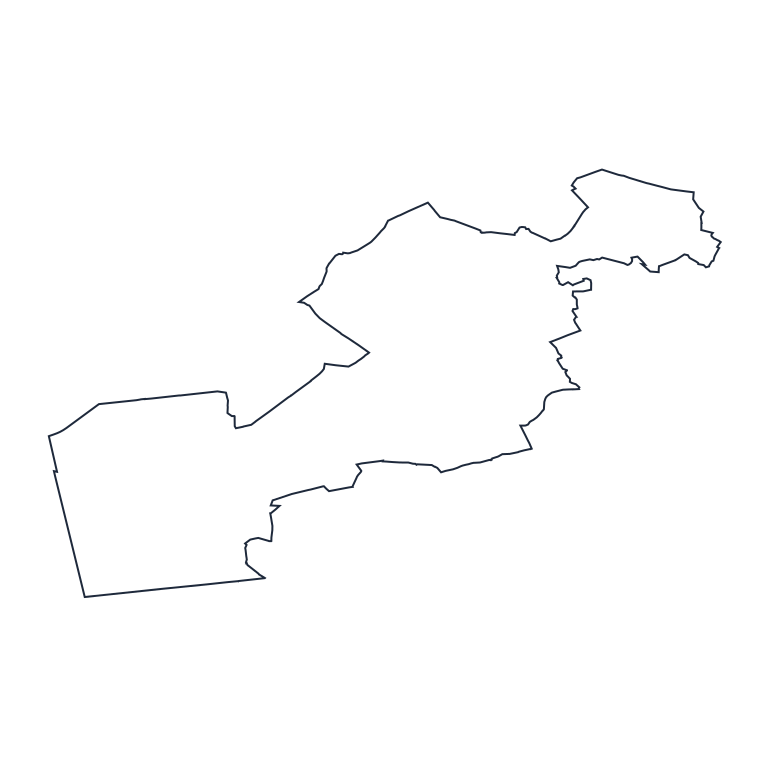 Džūkstes pag., Tukums, Latvia (Natural Earth projection), rotated 181°
{"feature_id": "27541924B93568350942485", "entity_name": "Džūkstes pag.", "entity_type": "district", "adm_level": 2, "iso_a3": "LVA", "parent_name": "Latvia", "parent_adm1": "Tukums", "projection": "natural_earth1", "projection_center": [23.27, 56.788], "detail": "fine", "context": "isolated", "style": "outline", "palette": "slate", "viewbox_px": 768, "rotation_deg": 181, "n_neighbors": 0, "source": "geoboundaries", "source_scale": "gbopen_adm2", "svg_char_len": 5966}
<svg xmlns="http://www.w3.org/2000/svg" viewBox="0 0 768 768"><g transform="rotate(181 384 384)"><path d="M57.9,540.8L69.5,543.5L69.4,545.6L69.5,550.6L69.2,550.6L70.3,556.8L67.6,562.0L72.3,565.6L78.1,574.0L77.7,581.1L84.8,581.8L100.6,583.6L110.2,586.0L114.1,586.9L122.7,589.0L124.8,589.4L142.4,594.4L148.0,596.4L150.1,596.6L153.2,597.2L169.8,602.2L176.3,599.8L191.3,594.0L194.5,593.1L197.3,589.6L197.9,588.8L199.7,585.7L197.9,584.7L195.9,582.7L198.0,581.7L199.4,580.9L191.3,572.7L183.1,564.2L183.7,563.7L185.6,562.1L186.9,560.5L187.8,559.5L189.0,557.7L195.8,546.4L196.0,546.4L197.3,544.3L197.1,544.3L200.2,540.2L203.0,537.4L205.6,535.4L205.8,535.5L210.0,532.4L214.1,531.3L219.8,529.6L225.4,532.4L225.5,532.3L237.7,537.6L238.9,538.0L240.3,538.9L242.2,541.6L244.6,541.4L245.5,543.1L247.2,543.3L249.0,543.4L251.2,542.8L254.0,538.2L255.8,537.2L256.0,535.3L263.8,536.1L270.4,536.7L279.6,537.7L284.2,537.4L285.9,537.1L288.5,536.9L288.5,537.2L289.9,537.4L290.3,539.2L295.1,541.0L296.8,541.6L314.9,548.0L316.3,548.6L320.1,549.3L323.3,550.1L330.8,551.7L336.2,557.9L336.9,558.9L343.3,566.1L362.5,557.2L371.1,552.9L372.8,552.3L382.4,547.5L382.8,547.4L386.0,540.9L385.9,540.9L386.0,540.7L387.0,539.5L389.7,536.7L390.7,535.4L393.3,532.4L395.1,530.3L399.1,526.1L400.5,525.0L404.2,522.6L412.8,517.1L419.0,514.9L420.4,514.3L422.4,514.0L427.1,514.6L427.2,513.9L427.5,513.4L428.2,513.0L431.3,513.3L434.8,511.4L440.8,503.5L441.0,503.5L443.4,499.0L443.5,498.6L443.4,496.9L443.4,496.5L443.3,495.9L443.5,495.0L445.7,489.2L446.9,485.5L447.2,484.8L447.9,482.9L449.0,481.8L449.8,481.0L450.1,480.6L450.5,479.7L451.1,477.8L451.4,477.6L455.5,475.0L462.4,470.4L470.4,464.5L465.3,463.8L462.0,461.7L459.9,461.1L453.9,453.2L449.4,448.7L444.1,444.9L428.4,434.2L427.9,433.6L427.1,433.0L420.7,429.2L409.7,422.1L399.5,415.1L400.5,414.2L403.3,412.3L404.3,411.2L407.4,408.7L409.9,407.0L412.8,404.7L419.8,400.8L432.5,401.9L443.6,403.2L444.3,398.6L444.4,398.0L446.2,395.6L448.6,393.1L451.8,390.4L456.9,386.3L457.4,385.8L457.3,385.6L472.0,374.5L476.4,371.0L476.8,370.9L476.8,370.7L479.3,369.1L480.1,368.5L498.5,354.2L511.8,344.3L511.9,344.1L516.0,340.9L523.9,339.0L524.1,338.8L531.3,337.2L532.5,339.2L532.7,345.2L532.8,349.1L533.0,349.3L535.6,349.3L539.1,351.6L540.0,352.3L539.8,358.3L540.0,359.6L539.7,364.8L540.6,367.7L541.8,372.4L541.9,372.6L550.4,373.7L587.9,368.9L588.3,369.0L616.3,365.4L622.9,364.7L622.9,364.9L626.9,364.4L627.6,364.2L631.2,363.5L668.7,358.9L700.7,334.5L703.9,332.3L707.0,330.5L710.0,329.1L713.3,327.8L718.2,326.0L709.4,290.5L712.5,291.1L711.4,286.7L679.5,165.8L602.4,175.3L558.1,180.5L536.6,183.2L526.7,184.3L526.3,184.2L526.2,184.4L525.7,184.5L499.8,187.8L499.7,187.9L505.8,191.5L505.9,191.8L506.1,192.1L516.5,200.0L517.2,200.4L518.0,202.0L518.5,202.1L518.2,202.6L518.9,203.3L518.8,203.6L518.1,206.1L518.2,206.4L518.3,207.1L518.3,207.4L518.7,209.5L519.5,215.6L519.9,217.6L518.6,220.7L520.1,222.1L515.0,226.1L510.0,227.3L507.0,227.9L496.6,225.1L496.2,224.9L494.2,224.9L494.1,225.3L493.9,225.3L493.9,227.2L493.9,228.4L493.5,232.2L493.1,235.9L493.1,240.2L494.6,248.4L495.1,250.9L495.3,252.0L495.5,252.7L494.8,252.8L494.4,253.2L490.2,256.7L486.4,260.3L495.1,260.6L493.9,263.9L493.3,265.7L474.3,272.4L457.8,276.7L455.5,277.2L443.2,280.6L442.3,280.7L439.8,278.2L437.1,275.9L417.2,280.0L413.5,280.6L413.6,280.8L413.5,281.4L409.9,289.5L409.4,290.8L408.3,292.5L405.7,295.5L405.2,296.5L405.2,296.8L409.9,303.0L404.9,304.2L387.1,306.8L383.7,307.4L383.9,306.6L380.6,306.5L374.0,306.1L366.5,305.8L358.3,305.9L353.7,304.8L351.1,304.7L350.1,303.8L349.3,304.3L334.8,303.8L331.9,302.1L331.6,302.2L329.2,301.0L325.4,296.7L320.9,298.2L313.5,299.9L309.1,301.5L305.8,303.1L304.0,303.8L300.7,304.7L298.0,305.3L295.3,306.2L292.8,306.8L291.9,306.8L286.6,307.2L277.4,309.9L276.0,309.7L275.8,310.2L275.1,310.1L274.6,311.4L270.9,312.7L269.3,313.2L268.2,313.7L264.5,315.9L257.1,316.3L248.7,318.2L248.6,318.3L248.3,318.5L246.7,319.0L242.8,320.1L236.8,321.5L236.5,321.4L235.2,321.9L237.7,327.4L239.3,330.3L241.7,335.0L246.9,344.8L242.4,344.9L241.6,345.0L239.3,346.0L237.6,348.6L235.8,349.8L234.1,350.7L230.7,353.3L228.5,355.6L226.8,357.6L224.8,360.3L224.4,360.4L223.7,361.6L223.4,368.8L222.5,371.9L221.7,373.6L220.1,375.3L218.9,376.2L216.0,378.3L212.3,379.4L205.0,381.4L199.2,381.8L195.1,382.0L195.1,381.9L189.4,382.3L189.5,382.4L188.6,384.0L192.1,387.1L196.2,388.3L198.2,389.4L198.1,392.4L199.6,394.0L201.5,395.8L202.9,399.1L201.8,400.2L201.3,400.7L201.3,400.9L205.3,402.3L205.6,402.4L209.5,408.2L210.0,409.2L211.0,410.6L210.7,410.7L210.5,411.1L210.6,412.1L207.1,413.2L206.8,413.5L207.0,413.9L207.4,414.4L207.3,415.5L210.1,417.6L212.6,423.1L218.6,428.8L208.0,433.1L201.2,436.0L188.6,440.9L191.0,444.4L193.2,447.7L193.9,448.6L195.1,451.5L194.0,453.2L193.0,454.6L192.8,454.6L196.8,460.3L196.1,462.2L194.1,462.2L191.8,463.0L191.9,464.0L192.6,466.8L192.7,471.8L194.2,473.9L194.7,473.8L196.9,475.7L196.6,479.8L193.8,479.9L186.3,480.1L179.4,481.7L179.2,481.9L178.6,481.9L178.6,488.5L179.3,491.4L183.1,493.1L186.6,492.5L186.1,490.7L195.9,486.8L196.9,486.0L201.7,489.0L206.7,486.1L207.0,486.1L207.3,486.1L210.5,487.5L210.4,487.7L210.5,488.8L213.3,493.3L212.7,493.5L213.1,495.4L211.2,498.7L211.7,501.6L213.0,505.1L204.8,504.1L200.0,503.4L194.4,505.6L192.7,507.6L191.3,509.2L190.1,509.8L187.9,510.5L180.4,512.2L176.8,511.5L173.2,512.7L171.0,512.3L168.1,514.2L146.1,508.9L142.7,507.3L141.3,507.7L139.2,509.3L138.1,511.2L138.1,513.0L138.8,514.6L133.4,515.7L132.7,515.8L127.2,510.4L125.0,507.9L128.3,508.3L122.1,503.1L119.8,501.1L111.3,500.6L111.3,501.5L111.3,503.2L111.1,506.6L110.3,506.8L107.7,507.9L95.2,512.7L94.9,513.0L94.7,512.9L86.0,518.8L82.4,518.1L80.7,515.4L74.3,512.0L72.0,510.5L71.9,509.4L66.4,508.5L64.2,506.3L61.0,507.3L60.8,508.4L58.5,512.3L56.8,513.0L55.7,517.4L55.0,518.9L51.4,525.7L51.3,525.8L53.3,526.9L49.8,531.8L50.2,532.1L50.7,532.4L51.9,533.2L53.1,533.6L55.1,534.7L56.6,535.2L57.9,536.4L58.8,537.1L59.3,538.1L59.2,538.8L58.8,539.7L57.9,540.8Z" fill="none" stroke="#1e293b" stroke-width="2"/></g></svg>